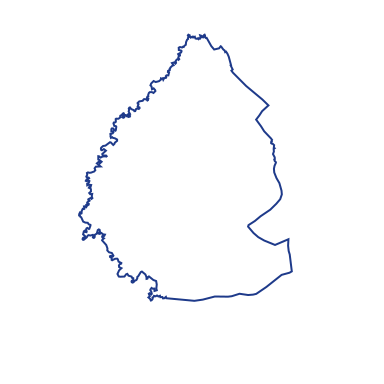 Ban Mai Chaiyaphot, Buri Ram, Thailand (Natural Earth projection), rotated 51°
{"feature_id": "78962969B40296665264995", "entity_name": "Ban Mai Chaiyaphot", "entity_type": "district", "adm_level": 2, "iso_a3": "THA", "parent_name": "Thailand", "parent_adm1": "Buri Ram", "projection": "natural_earth1", "projection_center": [102.815, 15.571], "detail": "fine", "context": "isolated", "style": "outline", "palette": "blue", "viewbox_px": 384, "rotation_deg": 51, "n_neighbors": 0, "source": "geoboundaries", "source_scale": "gbopen_adm2", "svg_char_len": 5916}
<svg xmlns="http://www.w3.org/2000/svg" viewBox="0 0 384 384"><g transform="rotate(51 192 192)"><path d="M172.8,78.1L164.4,79.1L143.7,83.2L125.1,85.1L122.5,85.0L122.4,83.3L118.0,82.3L118.1,81.9L110.0,78.3L106.7,77.4L104.4,77.2L104.2,78.2L102.6,77.6L100.9,78.0L97.3,77.8L96.8,78.0L97.4,80.5L95.2,85.1L90.8,85.2L81.4,83.6L81.1,84.3L80.0,84.5L78.6,83.4L77.7,83.2L77.6,83.9L78.8,86.1L77.8,86.8L76.8,86.2L75.4,87.1L77.1,87.8L77.9,88.9L77.9,89.3L76.9,89.7L77.3,90.7L76.2,90.9L76.1,91.7L74.9,92.7L73.1,92.1L72.9,93.3L72.1,93.2L71.6,93.8L71.9,94.6L71.0,95.1L71.1,95.9L69.6,96.1L68.8,95.2L67.5,95.8L67.7,96.7L69.4,97.1L69.8,98.3L70.6,98.8L70.6,100.1L71.8,102.3L73.7,104.2L73.6,106.0L74.1,107.2L73.4,107.7L73.5,108.7L71.8,110.1L71.5,111.5L73.4,112.9L75.3,111.4L75.9,111.4L76.7,112.6L76.1,116.0L76.9,116.2L77.4,115.0L78.0,115.1L78.4,115.5L78.1,116.6L78.8,118.0L80.7,118.3L80.8,119.2L79.7,119.2L79.5,120.7L80.0,122.4L81.6,123.1L81.8,124.1L80.1,124.2L79.2,126.4L81.9,126.6L81.5,127.8L81.7,130.6L82.4,131.4L82.4,132.2L83.2,132.5L82.8,134.4L83.6,135.2L84.6,134.5L86.5,137.0L85.3,138.4L85.5,139.5L86.6,139.8L86.9,140.4L86.0,141.9L86.7,143.7L85.2,143.2L85.0,144.2L84.2,144.6L85.1,145.6L85.1,147.9L83.7,151.0L81.6,152.0L82.0,155.5L83.0,157.2L84.4,157.0L87.0,158.4L87.3,156.6L89.6,156.5L90.5,156.9L90.8,159.6L89.3,160.2L88.6,161.0L87.8,162.1L87.9,163.2L89.0,165.0L90.1,165.7L89.8,166.7L90.4,167.7L91.9,167.1L92.9,168.4L92.8,169.1L91.5,169.1L89.7,170.7L89.6,171.3L90.1,172.9L88.4,176.0L88.6,178.3L89.1,178.6L90.1,178.3L91.4,180.5L93.2,179.6L93.8,179.9L94.0,181.1L92.6,182.2L92.3,183.2L93.4,185.2L92.9,185.9L91.8,185.7L89.4,187.0L87.2,187.0L87.0,187.7L87.4,188.7L88.5,189.1L89.6,190.6L92.5,191.1L92.5,191.7L91.4,192.4L91.4,192.9L93.3,192.2L94.0,192.3L94.3,192.9L93.6,194.3L92.4,194.0L91.9,194.4L91.8,195.2L90.4,195.2L89.9,195.7L89.8,196.2L91.3,197.6L91.2,198.5L90.5,199.0L90.1,199.0L89.6,196.9L88.1,195.5L87.7,195.6L87.5,196.6L88.0,197.8L87.6,199.6L87.8,200.1L88.9,200.3L88.8,203.0L87.3,204.8L87.3,205.4L89.5,207.0L89.5,208.0L88.8,209.0L89.2,209.8L91.7,210.8L92.9,209.7L93.7,209.8L96.0,212.3L96.2,212.9L94.9,213.6L93.3,213.1L92.2,214.1L92.4,215.1L94.0,216.4L95.3,215.2L96.1,215.4L96.5,216.8L95.4,218.6L95.5,219.0L96.5,219.2L97.2,220.2L98.9,220.9L99.2,219.5L100.1,219.4L101.8,218.1L104.1,217.2L105.1,218.0L105.1,220.9L105.8,222.1L105.9,223.6L102.4,223.9L101.7,224.4L101.5,230.1L100.3,232.1L100.4,234.7L101.2,235.7L102.4,236.1L102.9,235.7L103.2,233.5L105.7,232.9L106.0,237.8L106.7,238.2L107.8,238.1L109.6,235.8L110.5,235.8L110.5,236.4L109.7,236.9L108.2,239.1L107.7,241.4L105.7,241.8L105.2,242.3L107.8,244.4L108.8,243.8L111.6,243.2L111.8,245.6L110.7,245.1L109.8,245.6L109.9,247.9L114.6,247.0L111.8,250.8L112.3,252.8L114.2,253.4L114.5,255.1L113.4,258.3L112.4,259.8L111.3,260.5L111.1,261.7L112.6,262.5L113.6,264.5L114.2,264.5L115.9,263.2L116.5,263.3L115.9,266.0L116.5,267.5L117.1,267.3L118.2,265.0L118.9,264.8L119.7,266.1L119.6,268.3L120.9,269.2L121.3,267.6L123.1,266.0L124.2,267.6L123.4,268.5L123.8,269.5L125.4,268.7L126.2,268.8L128.0,270.2L128.1,272.5L129.6,272.5L130.7,270.8L132.2,272.6L134.1,273.3L134.1,274.5L132.8,274.8L132.4,277.1L132.7,277.5L134.3,277.2L134.1,279.8L134.4,280.3L135.2,280.5L136.2,279.7L136.8,280.2L136.7,281.3L135.6,281.2L135.4,282.2L136.8,282.8L137.2,283.7L135.7,284.2L135.2,285.0L137.3,286.1L137.3,286.7L136.3,287.5L137.3,289.6L139.1,291.3L139.0,291.7L137.9,291.1L137.3,291.7L138.2,293.6L139.2,294.5L139.9,294.0L140.8,294.4L141.9,294.0L146.5,295.2L148.6,294.2L150.3,292.4L152.1,292.6L153.6,291.6L154.2,292.0L156.0,295.0L155.9,295.4L154.0,296.0L153.9,297.0L154.8,298.2L156.3,298.6L156.8,299.3L155.6,300.3L154.6,299.5L154.5,300.8L156.4,303.3L158.9,302.9L159.5,303.2L159.6,304.1L159.1,305.5L159.7,306.7L160.5,306.8L161.0,306.3L161.0,302.4L160.3,300.6L160.4,299.6L162.0,298.2L162.9,296.0L163.8,296.0L164.9,297.6L165.7,297.4L166.0,296.8L165.7,295.9L164.1,294.6L164.4,292.2L162.3,289.2L162.4,288.0L163.2,287.6L164.9,288.5L165.3,290.3L165.7,290.7L166.5,290.1L166.8,288.2L168.9,287.8L170.3,286.5L170.9,287.8L169.9,289.1L169.9,289.7L170.7,290.2L172.6,289.6L172.6,291.6L173.0,292.3L179.2,292.0L182.6,293.2L184.1,294.6L186.7,294.4L188.9,292.7L192.0,293.1L192.3,293.8L190.4,295.5L190.3,296.2L191.1,296.6L192.7,295.8L194.2,297.2L194.8,297.0L195.5,293.8L196.7,292.1L197.6,292.0L199.9,292.9L202.7,291.6L203.1,292.1L202.6,293.7L203.1,295.0L204.5,295.9L206.8,294.8L207.0,297.9L208.8,301.5L211.6,302.1L212.7,301.1L215.2,297.7L214.5,295.0L214.9,293.8L217.1,294.0L219.7,292.2L221.1,292.6L222.0,291.9L223.4,292.9L223.1,294.6L223.4,295.2L224.2,295.6L225.1,295.1L225.3,294.0L224.9,292.8L225.4,290.6L224.7,288.9L223.6,288.0L223.6,286.8L222.0,282.2L222.3,281.0L226.7,280.1L229.4,280.9L230.9,282.0L231.3,281.2L230.4,279.6L230.5,278.6L236.1,277.4L238.6,275.9L241.7,277.6L244.5,280.4L246.2,281.2L245.3,283.4L243.3,282.1L242.4,283.4L241.1,283.8L241.6,285.7L242.1,286.2L243.7,286.3L245.8,287.3L246.0,288.1L244.0,288.6L243.9,289.6L246.5,290.4L246.5,292.2L248.9,291.8L250.4,292.3L250.7,291.7L250.5,290.4L250.2,289.7L249.1,289.1L249.3,287.7L248.8,286.9L250.2,285.9L250.4,284.3L252.0,283.9L252.5,282.2L253.8,282.8L255.0,281.1L256.4,281.5L257.1,280.5L257.1,278.3L258.4,278.8L278.1,258.6L282.4,251.4L287.6,240.0L296.0,229.9L298.0,226.7L301.0,219.1L307.4,213.2L310.2,209.1L311.6,206.2L312.6,194.1L312.8,174.5L316.1,167.0L316.5,164.4L302.1,155.4L298.7,154.0L294.2,151.1L289.4,146.8L285.4,160.8L275.2,166.4L268.8,168.9L262.6,170.0L254.2,170.2L253.3,168.9L254.1,161.4L254.0,153.9L255.0,142.3L254.2,133.9L253.1,128.0L250.4,123.7L247.3,121.6L240.1,118.5L234.4,117.6L228.6,115.8L225.5,113.7L223.6,111.4L222.0,108.3L221.2,108.0L220.0,108.2L218.5,107.6L218.6,107.0L217.1,105.9L213.5,105.2L212.1,102.9L210.0,101.5L210.0,100.3L209.1,100.6L207.3,98.7L205.0,99.0L204.6,99.6L203.9,99.8L202.9,99.0L202.9,98.1L202.2,97.8L201.9,97.0L200.2,96.9L190.2,97.7L184.4,97.0L176.1,96.6L174.9,91.6L173.3,86.6L172.8,78.1Z" fill="none" stroke="#1e3a8a" stroke-width="2"/></g></svg>